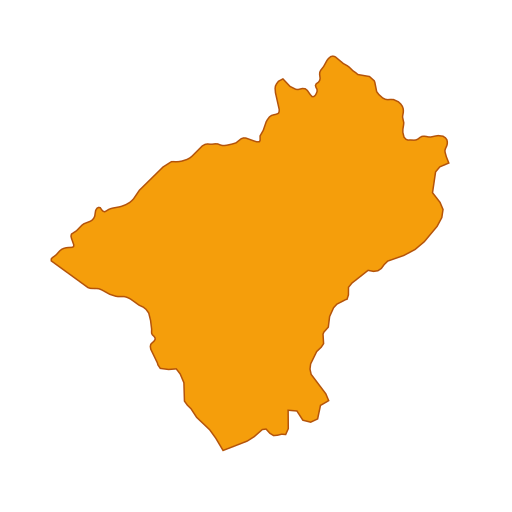 the Metropolitan department of Aveyron, rotated 263°
{"feature_id": "FRA-5272", "entity_name": "Aveyron", "entity_type": "Metropolitan department", "adm_level": 1, "iso_a3": "FRA", "parent_name": "France", "parent_adm1": "", "projection": "mercator", "projection_center": [2.826, 44.313], "detail": "fine", "context": "isolated", "style": "filled", "palette": "amber", "viewbox_px": 512, "rotation_deg": 263, "n_neighbors": 0, "source": "natural_earth", "source_scale": "10m", "svg_char_len": 3375}
<svg xmlns="http://www.w3.org/2000/svg" viewBox="0 0 512 512"><g transform="rotate(263 256 256)"><path d="M139.0,169.0L148.1,166.4L153.7,163.1L154.0,155.5L156.1,147.3L159.8,145.4L161.9,145.1L176.3,140.2L179.0,140.1L181.2,140.8L182.6,142.5L183.7,144.2L185.6,145.8L187.0,145.8L188.5,145.1L190.5,143.5L192.0,143.0L193.4,143.1L196.0,143.5L204.9,143.5L212.4,142.6L216.4,140.4L218.9,138.0L221.5,133.9L228.6,126.2L229.9,124.3L231.0,122.3L231.8,120.2L232.6,113.8L233.2,111.8L235.8,106.2L241.2,98.7L242.6,96.2L243.1,94.1L243.7,89.8L244.1,87.6L245.1,85.4L276.1,52.2L278.0,52.4L279.2,53.7L280.3,55.8L281.6,57.9L284.9,61.7L286.3,63.9L287.0,66.2L287.3,68.4L287.3,70.5L287.0,74.7L287.6,76.1L289.2,76.5L296.1,75.0L298.1,74.8L299.3,75.1L300.3,75.6L302.9,80.9L307.8,87.0L309.0,89.2L310.7,95.9L311.7,97.9L313.3,99.6L315.2,100.8L320.5,102.3L321.6,103.0L322.9,104.2L323.4,105.8L322.9,107.3L320.7,108.4L319.1,109.6L318.3,111.2L319.1,113.2L320.1,115.3L320.7,117.5L321.0,119.7L321.4,126.4L321.7,128.6L322.8,133.0L324.6,137.3L326.0,139.4L327.6,141.4L335.5,148.3L355.7,174.6L359.9,183.5L359.7,185.7L359.3,187.7L359.1,190.5L359.2,193.8L360.2,199.2L361.4,202.3L362.8,204.6L371.8,216.1L373.0,219.1L373.1,221.7L372.6,223.8L372.3,226.2L372.3,229.2L371.9,231.7L370.7,233.8L369.8,235.9L369.5,238.0L369.5,240.5L370.0,245.8L370.7,249.9L374.2,255.6L374.7,258.0L374.3,260.3L370.1,268.7L369.2,270.8L369.0,273.3L370.3,274.2L374.7,274.7L379.8,278.5L388.0,282.5L390.0,284.0L392.4,286.3L393.6,288.5L394.0,291.0L394.2,293.2L394.9,295.7L396.6,296.6L398.6,296.9L415.7,295.2L420.0,295.4L422.3,296.0L424.4,297.4L426.7,299.6L428.5,304.3L428.4,304.4L420.2,310.4L416.6,315.8L416.1,318.0L416.6,322.5L416.0,325.2L414.1,327.1L409.6,329.5L407.3,331.1L407.2,332.8L408.2,334.4L410.0,335.7L411.9,336.7L413.9,336.9L416.0,336.1L418.0,335.8L419.6,336.8L420.9,339.2L422.5,340.6L424.4,341.3L428.6,341.3L430.6,341.7L432.5,342.9L435.8,346.2L441.5,350.3L443.2,352.0L444.8,354.5L445.0,356.6L444.4,358.3L444.0,358.9L443.8,359.2L436.4,366.1L433.7,369.8L432.1,371.5L428.0,374.8L425.6,377.5L423.7,379.2L420.3,390.5L415.5,394.7L413.9,395.1L404.4,395.8L401.3,397.6L397.5,400.9L395.8,403.4L395.1,405.8L395.0,408.5L394.5,411.6L391.7,416.1L389.2,418.2L386.7,419.5L384.5,420.0L382.5,420.0L380.6,419.7L377.1,418.6L375.9,418.4L370.2,418.9L368.3,418.5L363.8,417.2L360.8,416.8L355.9,417.4L353.6,419.0L352.5,421.0L352.4,423.0L351.7,427.0L351.7,429.1L352.4,431.1L353.6,433.1L354.5,435.3L354.4,437.4L353.9,439.5L353.2,441.5L352.8,443.8L353.2,448.6L353.3,451.6L352.1,456.2L350.2,458.4L348.1,459.6L346.0,459.8L344.0,459.5L342.2,458.8L339.6,457.2L337.8,456.4L336.0,456.3L331.3,457.0L324.8,458.7L322.1,449.3L317.6,444.5L297.3,438.9L286.8,445.2L279.4,447.3L271.5,445.1L263.4,439.4L249.7,424.8L243.1,414.7L238.5,402.7L234.9,386.1L231.9,382.2L228.4,378.9L226.5,375.2L226.4,370.8L228.1,365.5L217.5,348.0L213.7,344.0L206.1,343.0L202.0,341.1L201.8,339.7L198.4,330.5L195.2,326.7L187.0,321.7L176.6,319.1L172.2,314.1L170.3,313.0L160.8,312.4L157.6,309.7L153.8,304.6L142.3,297.1L137.2,295.8L131.8,296.3L110.7,308.5L103.6,310.5L100.6,303.6L99.9,301.8L86.8,297.3L84.4,290.0L87.3,282.5L97.2,277.7L99.0,269.1L80.7,267.0L75.2,263.7L76.0,259.8L75.5,255.6L75.6,251.6L78.3,248.2L83.0,244.9L83.0,241.1L76.9,232.2L73.4,224.8L67.0,199.6L80.0,193.9L89.1,188.9L103.1,177.4L112.3,172.9L116.3,169.7L120.7,167.3L139.0,169.0Z" fill="#f59e0b" stroke="#b45309" stroke-width="1.5"/></g></svg>